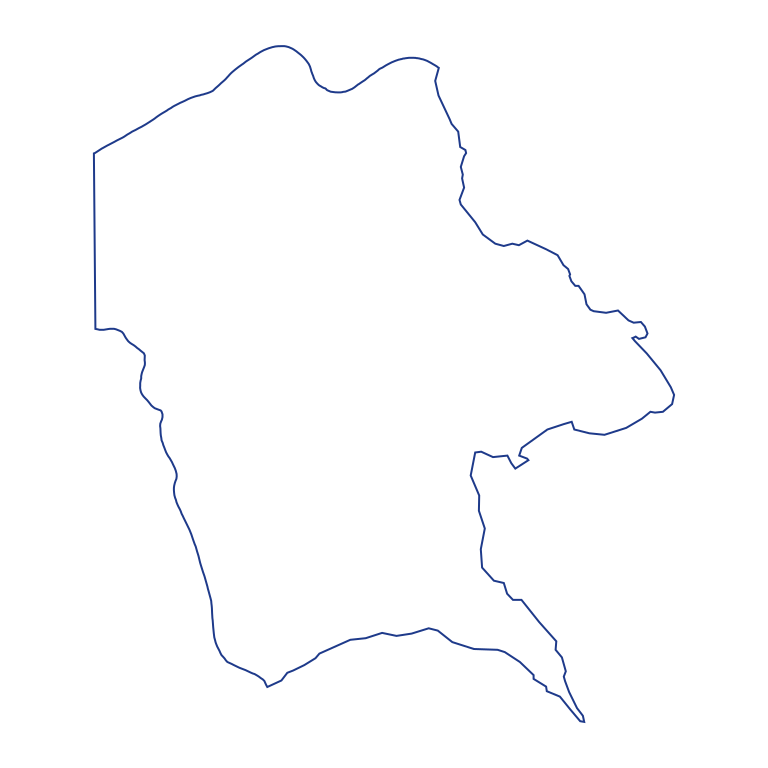 Honeymoon Beach, Saint Lucia
{"feature_id": "8701671B64660107039204", "entity_name": "Honeymoon Beach", "entity_type": "district", "adm_level": 2, "iso_a3": "LCA", "parent_name": "Saint Lucia", "parent_adm1": "", "projection": "natural_earth1", "projection_center": [-60.906, 13.777], "detail": "fine", "context": "isolated", "style": "outline", "palette": "blue", "viewbox_px": 768, "rotation_deg": 0, "n_neighbors": 0, "source": "geoboundaries", "source_scale": "gbopen_adm2", "svg_char_len": 5948}
<svg xmlns="http://www.w3.org/2000/svg" viewBox="0 0 768 768"><path d="M93.9,153.4L95.4,328.9L97.5,329.3L99.6,329.8L101.6,329.8L103.7,329.8L107.9,329.1L110.0,328.8L112.0,328.8L114.0,328.8L116.0,329.3L120.0,330.9L121.9,331.9L123.4,333.6L124.5,335.6L125.6,337.6L127.0,339.6L128.3,341.3L130.0,342.8L131.6,343.9L133.6,345.1L135.5,346.5L137.2,348.0L138.9,349.2L140.5,350.6L143.9,353.3L144.8,355.5L144.7,357.8L144.6,360.1L144.9,362.4L144.9,363.8L144.8,365.1L144.1,367.1L143.1,369.6L142.1,372.2L141.7,373.7L141.2,376.1L141.2,378.4L140.6,380.7L140.2,383.0L140.2,385.5L140.1,388.0L140.5,390.3L141.0,392.1L141.5,393.3L142.3,394.7L143.6,396.5L145.5,398.5L147.1,400.1L148.6,401.9L150.0,403.7L151.4,405.5L153.0,406.9L154.7,408.2L158.6,409.7L160.6,410.4L161.5,411.4L162.5,414.3L162.5,417.1L161.9,419.7L161.2,421.2L160.3,423.6L160.1,426.0L160.4,428.3L160.6,433.0L160.8,435.3L161.3,438.0L161.6,440.4L162.7,442.9L163.3,445.1L164.2,447.3L165.2,450.0L166.1,452.3L167.2,454.4L168.3,456.3L169.7,458.2L172.0,462.2L173.0,464.4L174.8,468.1L175.8,470.8L176.6,474.0L176.7,476.5L176.4,478.8L175.5,481.0L174.8,483.1L174.2,485.6L173.9,487.9L173.9,490.2L174.1,492.7L174.4,495.2L175.1,497.8L175.9,499.8L176.5,502.2L177.4,504.4L178.4,506.6L179.8,509.2L180.8,511.4L181.6,513.7L182.8,516.0L183.8,518.2L184.9,520.4L189.4,529.6L191.3,534.3L192.1,536.7L193.0,539.4L194.7,544.2L195.7,546.5L197.1,551.5L197.7,553.4L198.5,556.0L200.2,563.0L200.9,565.3L203.0,572.0L204.5,576.3L205.3,579.1L207.4,586.5L207.9,588.8L208.6,591.2L209.9,596.0L210.4,597.8L211.2,600.9L211.4,603.4L211.7,605.8L211.9,608.2L212.0,610.5L212.1,613.1L212.4,618.1L212.7,620.4L213.2,627.2L213.5,630.2L213.8,633.3L214.3,637.4L215.1,640.3L215.5,642.0L216.0,643.5L216.6,645.0L217.2,646.5L219.5,650.9L220.4,653.0L221.5,655.1L223.1,656.8L224.6,658.5L225.9,660.4L227.4,662.0L231.8,664.0L233.7,665.0L237.4,666.8L239.5,667.8L245.5,670.1L249.3,671.9L251.2,672.8L253.1,673.6L254.5,674.0L257.1,675.5L258.7,676.5L259.5,677.1L260.8,678.1L262.8,679.4L264.4,681.0L265.3,683.1L266.2,685.0L267.3,687.0L281.4,680.5L287.3,672.8L293.2,670.5L304.3,665.1L315.5,658.2L319.4,653.6L350.3,639.8L365.7,638.2L382.1,632.9L396.5,635.9L411.6,633.6L428.7,628.3L437.8,630.6L452.3,642.1L473.9,649.0L497.6,649.8L504.8,652.1L519.9,662.0L533.6,675.1L533.6,678.9L546.1,686.6L546.8,691.2L559.9,696.6L570.4,709.6L580.2,721.2L584.2,721.9L582.9,715.8L577.0,708.1L569.1,692.0L565.1,681.2L563.8,676.6L565.8,671.3L561.9,657.4L555.6,649.8L556.3,641.3L539.2,622.1L521.5,599.9L513.0,599.9L507.1,593.7L503.8,583.0L493.9,580.7L482.1,567.6L480.8,549.2L484.8,528.5L478.9,510.8L479.2,495.5L470.7,475.5L475.2,452.5L481.2,451.7L493.0,457.1L507.4,455.6L511.3,463.2L515.3,468.6L528.4,460.2L527.1,458.6L519.2,455.6L521.8,447.9L547.4,429.5L563.8,424.1L571.7,421.8L574.3,429.5L589.4,433.3L604.5,434.8L626.2,427.9L641.9,418.7L650.4,411.8L655.0,412.6L662.9,411.8L672.1,404.1L674.1,394.9L670.8,387.2L660.6,370.3L646.8,353.5L635.0,341.2L632.4,338.1L634.4,337.3L635.7,336.6L639.0,338.9L645.5,337.3L647.5,333.5L644.9,326.6L640.9,322.0L633.7,322.7L628.5,320.4L618.0,310.5L606.1,312.8L593.7,311.2L590.4,309.7L586.5,304.3L584.5,294.3L578.6,285.9L575.3,285.9L571.4,281.3L569.4,275.9L570.1,274.4L568.1,269.0L563.5,265.2L557.6,255.2L545.8,249.1L527.4,240.6L518.9,245.2L512.3,243.7L503.8,246.0L495.3,243.7L482.8,234.5L475.2,222.2L460.8,204.5L459.5,199.9L464.1,187.6L462.1,178.4L462.8,174.6L460.8,166.9L464.1,156.2L466.1,153.1L465.4,150.0L460.2,147.0L458.2,131.6L451.6,123.9L449.7,119.3L438.5,95.5L435.2,80.9L438.8,67.9L437.5,67.0L436.8,66.4L434.5,65.0L432.9,64.1L432.1,63.6L430.4,62.6L429.6,62.2L427.2,60.9L424.6,59.9L422.8,59.3L422.0,59.2L420.8,58.9L419.0,58.4L418.0,58.3L417.2,58.1L416.3,58.1L415.5,57.9L414.6,57.9L413.7,57.8L412.9,57.8L412.0,57.8L409.0,57.8L405.1,58.3L404.3,58.5L403.3,58.5L401.5,59.1L400.6,59.2L399.7,59.5L398.9,59.6L397.2,60.2L396.3,60.5L394.7,61.1L392.8,61.9L392.0,62.2L390.4,63.0L387.9,64.3L385.9,65.4L382.4,67.6L380.0,68.7L379.2,69.2L378.4,69.9L377.8,70.5L374.0,73.4L372.1,74.5L371.2,75.1L370.3,75.6L369.5,76.2L368.0,77.5L367.2,78.1L365.1,79.9L364.4,80.4L363.6,80.9L362.8,81.4L360.4,83.0L359.0,84.0L358.2,84.4L356.8,85.5L354.4,87.4L353.6,87.9L352.1,88.9L351.3,89.2L348.0,90.6L345.5,91.6L343.0,91.9L342.1,92.2L341.1,92.3L340.3,92.4L338.1,92.4L335.4,92.3L334.5,92.2L330.7,91.7L327.2,90.2L326.5,89.6L325.9,88.8L325.1,88.3L324.1,88.1L322.4,87.3L321.0,86.4L320.1,85.9L319.4,85.5L318.6,84.9L317.2,83.5L316.6,82.8L315.9,82.0L315.4,81.2L314.9,80.4L314.0,78.5L313.7,77.7L313.1,75.8L312.2,73.7L311.9,72.7L311.5,71.8L311.2,70.8L311.0,69.9L310.3,67.6L310.0,66.6L309.1,64.7L308.7,63.9L306.5,60.9L305.2,59.3L303.6,57.5L301.3,55.3L300.6,54.7L299.6,53.9L297.3,52.1L296.6,51.5L295.0,50.4L294.3,49.9L292.7,48.9L291.9,48.5L288.7,47.1L286.0,46.4L284.1,46.1L283.3,46.1L281.0,46.1L280.2,46.2L278.3,46.2L276.2,46.4L275.3,46.5L274.4,46.7L273.6,46.9L272.5,47.1L268.6,48.3L265.8,49.4L264.0,50.1L260.6,51.9L259.6,52.5L257.6,53.8L256.8,54.2L255.8,54.8L252.8,57.0L252.1,57.5L251.4,58.0L246.0,61.5L243.1,63.8L242.3,64.3L238.5,67.0L235.3,69.5L232.2,72.1L230.7,73.5L229.3,75.0L228.7,75.7L228.1,76.4L227.4,77.1L226.0,78.7L224.5,80.2L223.0,81.5L220.9,83.3L220.0,84.2L218.4,85.7L216.2,87.6L215.5,88.2L213.4,90.3L212.7,90.9L210.0,92.2L207.3,93.2L204.5,94.0L203.7,94.3L202.9,94.5L201.8,94.7L201.0,94.9L200.0,95.3L199.1,95.5L198.0,95.7L195.2,96.4L193.2,97.1L191.5,97.7L190.7,98.0L188.1,99.1L184.6,100.9L181.3,102.4L180.5,102.7L178.2,103.9L176.4,104.8L175.5,105.3L174.6,105.7L172.2,107.1L171.5,107.7L168.3,109.5L166.8,110.6L164.8,111.8L162.9,112.9L161.4,113.8L159.7,114.9L157.5,116.4L156.0,117.5L154.6,118.6L153.0,119.7L146.0,124.2L144.3,125.2L143.2,125.8L141.7,126.7L140.5,127.3L138.7,128.2L135.3,130.1L134.4,130.5L132.0,131.7L130.5,132.7L129.0,133.6L127.4,134.5L124.3,136.6L122.6,137.6L119.8,139.0L118.0,139.9L116.8,140.5L114.3,141.9L109.5,144.4L108.6,144.9L107.7,145.3L105.2,146.7L103.4,147.7L102.7,148.1L101.9,148.5L96.4,152.1L94.8,153.1L93.9,153.4Z" fill="none" stroke="#1e3a8a" stroke-width="2"/></svg>